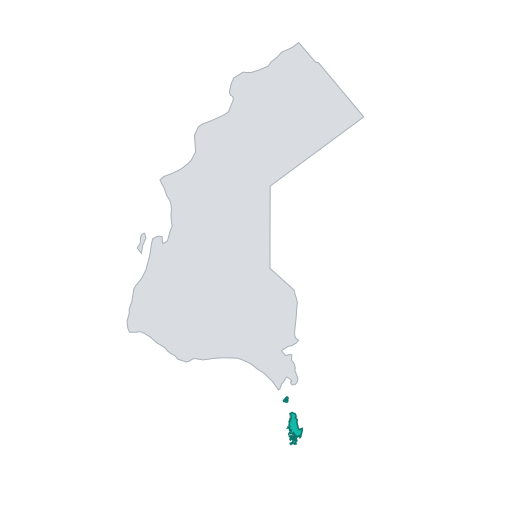 Oman, with Musandam highlighted, rotated 163°
{"feature_id": "OMN-2425", "entity_name": "Musandam", "entity_type": "Province", "adm_level": 1, "iso_a3": "OMN", "parent_name": "Oman", "parent_adm1": "", "projection": "mercator", "projection_center": [56.333, 25.799], "detail": "fine", "context": "in_parent", "style": "filled", "palette": "teal", "viewbox_px": 512, "rotation_deg": 163, "n_neighbors": 0, "source": "natural_earth", "source_scale": "10m", "svg_char_len": 5686}
<svg xmlns="http://www.w3.org/2000/svg" viewBox="0 0 512 512"><g transform="rotate(163 256 256)"><path d="M152.8,447.6L150.6,442.6L148.4,437.6L146.2,432.5L144.0,427.5L142.4,424.0L139.8,422.7L138.2,419.0L136.6,415.2L135.0,411.3L133.4,407.5L131.7,403.7L130.1,399.8L128.5,396.0L126.9,392.1L125.3,388.3L123.6,384.5L122.0,380.6L120.4,376.8L118.8,372.9L117.2,369.1L115.6,365.2L113.9,361.3L112.3,357.5L117.5,355.7L123.8,353.4L130.1,351.2L136.3,349.0L142.6,346.8L148.9,344.6L155.2,342.3L161.5,340.1L167.8,337.9L174.1,335.7L180.4,333.4L186.7,331.2L192.9,329.0L199.2,326.8L205.5,324.5L211.8,322.3L218.1,320.1L222.0,318.7L223.6,313.5L224.9,309.2L226.3,304.9L227.6,300.6L229.0,296.2L230.3,291.9L231.6,287.6L233.0,283.3L234.3,278.9L235.7,274.6L237.0,270.2L238.3,265.9L239.7,261.6L241.0,257.2L242.3,252.9L243.7,248.5L245.0,244.1L246.3,240.1L243.9,236.3L240.8,231.1L237.6,225.7L234.5,220.6L232.3,216.9L229.6,212.4L229.9,206.6L229.8,203.7L230.1,199.3L232.7,193.1L235.7,185.2L237.9,180.0L239.9,175.4L241.4,171.8L242.3,168.0L241.8,165.3L240.8,164.4L239.9,163.1L242.8,161.1L248.3,159.8L251.3,160.1L255.5,159.1L258.8,158.2L259.1,157.0L258.1,155.1L256.8,152.2L252.1,151.8L250.6,151.0L252.3,146.7L252.2,145.4L251.6,143.8L250.9,141.1L251.2,137.6L252.2,135.2L252.2,133.3L251.8,129.4L251.9,125.9L252.9,124.2L254.7,122.5L256.3,121.7L258.0,121.8L259.4,122.5L260.0,124.3L259.6,125.6L258.6,125.7L258.3,126.3L259.7,128.7L261.7,131.1L263.3,130.7L265.0,128.8L266.9,127.3L269.2,126.0L270.8,123.4L272.3,121.7L273.6,121.4L277.3,132.0L282.8,141.9L287.7,147.4L292.7,154.8L300.4,161.5L304.0,163.9L318.3,168.6L326.1,170.4L336.9,172.1L344.4,175.8L346.9,176.0L350.8,174.9L353.6,175.0L360.8,180.1L362.9,184.8L365.8,187.3L368.5,191.3L370.2,195.4L376.2,201.8L380.4,208.8L384.8,214.1L388.6,217.4L394.5,218.6L399.2,220.1L399.7,223.6L399.2,228.2L398.3,231.5L394.0,238.1L392.9,242.1L388.0,248.8L382.6,259.9L380.2,262.4L371.6,268.2L365.2,275.1L357.7,287.1L352.0,298.9L349.8,302.7L345.3,303.5L342.2,303.1L340.1,302.0L341.0,298.8L341.5,295.2L338.7,295.6L336.3,296.3L330.6,305.2L327.4,309.0L326.8,314.0L325.3,320.3L323.0,326.1L322.1,331.0L322.1,333.8L323.8,340.6L323.9,347.5L324.8,351.7L325.6,356.7L322.9,358.2L320.6,359.0L311.6,359.5L302.4,361.1L294.4,364.0L289.6,366.8L283.3,373.3L279.5,389.5L273.4,396.3L269.3,397.8L259.3,398.4L245.3,400.3L240.3,401.9L232.2,411.8L231.5,414.9L233.1,417.1L233.6,419.6L232.9,421.9L229.2,428.2L225.2,432.7L214.5,435.6L210.6,433.9L207.0,433.0L200.0,432.9L188.7,434.0L184.6,437.4L178.0,439.7L172.0,443.4L160.6,444.8L152.8,447.6ZM270.3,94.3L269.6,95.2L268.5,95.3L266.1,94.5L264.7,92.7L264.9,90.4L265.0,86.2L265.7,82.3L265.5,78.2L263.6,77.3L262.3,77.5L265.4,71.7L266.6,70.7L267.7,71.1L270.6,70.5L272.0,67.3L273.2,65.6L274.5,65.8L275.1,66.8L274.7,71.6L274.6,75.7L273.0,88.0L271.4,90.2L270.6,91.9L270.3,94.3ZM358.9,310.0L356.6,310.6L355.9,310.3L355.9,305.4L361.3,299.2L364.8,292.0L367.3,298.4L363.0,302.0L360.7,308.1L358.9,310.0ZM269.7,111.1L268.2,112.2L267.1,112.0L267.3,109.8L267.9,108.3L269.5,108.4L269.9,109.3L269.7,111.1Z" fill="#d9dde1" stroke="#a8b0b8" stroke-width="1"/><path d="M265.0,94.0L264.9,93.9L264.7,93.5L264.5,91.6L264.5,90.9L264.9,90.5L265.4,90.2L265.7,89.6L265.5,89.1L264.6,88.0L264.5,87.3L264.7,86.7L265.4,85.7L265.6,85.1L265.8,81.4L266.0,80.2L266.1,79.5L265.9,78.7L265.3,77.1L264.9,77.0L263.1,77.5L262.2,77.6L262.4,77.2L262.7,75.7L265.1,71.9L266.0,70.1L266.4,69.7L267.0,69.4L267.0,69.6L267.0,70.1L267.4,70.8L267.3,71.0L267.1,71.6L267.4,71.6L267.8,71.3L268.7,71.2L268.9,70.9L269.1,70.8L269.6,71.0L270.0,71.5L270.2,72.2L270.4,71.7L270.7,71.7L271.0,71.9L271.4,71.9L272.4,71.2L272.8,71.1L273.9,71.4L274.2,71.3L274.3,71.0L274.1,70.6L273.8,70.3L273.5,70.2L272.8,70.1L272.4,70.2L272.1,70.4L271.9,70.6L271.5,71.0L271.1,71.2L270.7,71.1L270.7,70.6L270.9,68.9L270.9,68.3L272.0,69.1L272.5,69.3L272.7,68.7L272.5,68.4L272.1,68.0L271.6,67.6L271.2,67.5L271.3,67.1L271.5,67.0L272.0,66.9L272.4,66.3L272.6,65.8L272.6,65.0L272.7,64.4L272.9,64.4L273.4,65.5L274.0,65.1L274.2,64.9L274.4,65.2L274.3,65.5L274.2,65.6L274.3,65.7L274.4,66.0L274.8,65.7L275.0,65.8L275.2,66.1L275.4,66.3L276.3,66.6L276.7,66.6L277.2,66.6L277.1,66.4L277.0,65.9L276.9,65.7L277.7,65.5L278.1,66.5L278.0,66.9L277.5,66.9L276.5,66.9L275.9,67.1L274.8,68.1L274.2,68.5L274.3,68.5L274.0,69.1L274.8,70.0L275.2,70.3L275.7,70.5L276.0,70.3L276.4,70.0L276.8,69.9L277.2,70.5L276.5,71.7L276.2,71.9L276.0,71.1L275.6,71.1L275.2,71.1L275.3,71.5L275.3,71.9L275.2,72.2L275.6,72.7L276.2,73.0L276.7,73.4L276.9,74.1L276.5,74.1L276.1,74.0L275.8,73.8L275.4,73.6L274.9,73.8L274.5,73.6L274.2,73.1L274.2,72.5L273.9,72.6L273.4,72.9L273.2,73.0L273.2,72.6L273.2,72.2L273.4,72.0L273.7,71.9L272.8,71.8L271.9,72.3L271.4,73.0L271.7,73.6L271.5,74.0L271.4,74.5L271.5,75.0L271.7,75.5L272.0,74.7L272.3,74.3L272.7,74.1L272.9,74.4L272.9,74.9L272.8,75.4L272.7,75.8L273.4,76.1L276.7,76.1L276.4,76.6L275.8,77.1L274.7,77.8L273.6,78.2L273.3,78.5L273.4,79.2L274.3,78.7L274.8,79.1L274.9,79.9L274.0,80.5L274.2,80.9L274.7,81.5L274.8,81.8L275.1,82.0L276.0,82.2L275.7,82.4L275.6,82.6L275.4,83.1L274.9,82.8L274.3,82.6L273.8,82.7L273.4,83.1L274.0,84.1L273.7,84.9L273.1,85.8L272.7,86.7L272.6,87.0L272.7,87.9L272.0,88.6L271.3,89.7L270.9,90.3L270.4,90.6L270.4,89.7L269.9,90.6L269.4,91.9L269.1,93.4L269.4,94.7L269.6,95.2L268.1,95.7L267.5,95.8L266.9,95.6L266.6,95.3L266.3,94.5L266.0,94.2L265.1,94.1L265.0,94.0ZM272.1,108.7L272.0,109.8L270.9,110.4L270.1,110.7L269.7,111.0L268.6,111.8L268.0,112.1L267.4,111.9L267.0,111.7L266.9,111.4L267.0,110.3L268.0,109.8L268.3,109.4L268.1,109.0L268.0,108.6L267.9,108.0L268.9,107.2L270.0,107.4L270.7,108.4L272.1,108.7ZM269.0,110.5L269.7,110.3L269.9,109.6L269.4,109.2L269.1,109.2L268.9,109.4L269.0,110.5Z" fill="#14b8a6" stroke="#0f766e" stroke-width="1.5"/></g></svg>